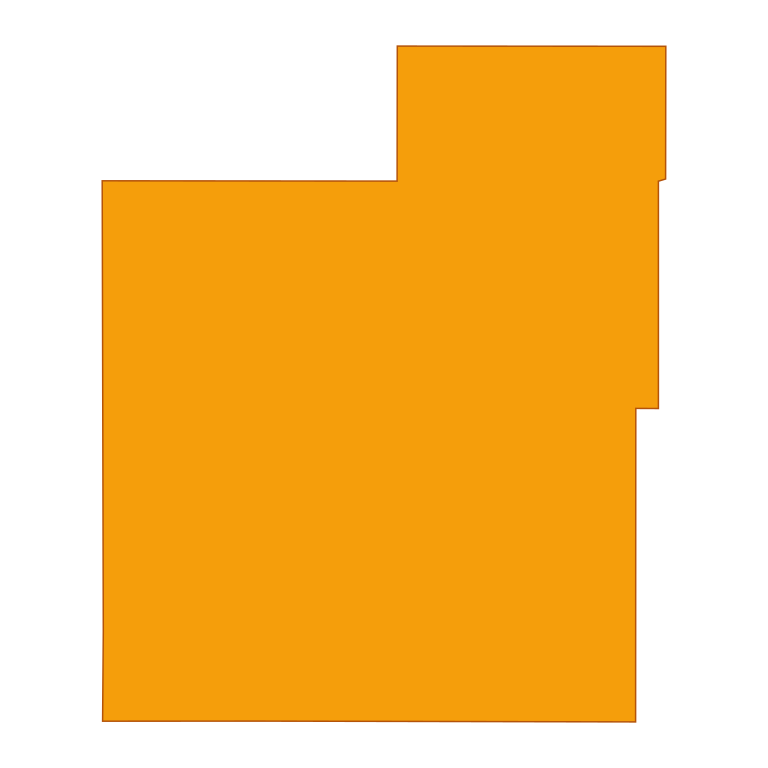 Jackson, Kansas, United States of America (Mercator projection)
{"feature_id": "52423323B12830113824680", "entity_name": "Jackson", "entity_type": "district", "adm_level": 2, "iso_a3": "USA", "parent_name": "United States of America", "parent_adm1": "Kansas", "projection": "mercator", "projection_center": [-95.775, 39.435], "detail": "fine", "context": "isolated", "style": "filled", "palette": "amber", "viewbox_px": 768, "rotation_deg": 0, "n_neighbors": 0, "source": "geoboundaries", "source_scale": "gbopen_adm2", "svg_char_len": 286}
<svg xmlns="http://www.w3.org/2000/svg" viewBox="0 0 768 768"><path d="M102.2,180.8L103.3,631.7L102.6,721.2L258.3,721.1L635.6,721.9L635.8,408.4L658.4,408.5L658.4,181.2L665.6,179.0L665.8,46.3L397.3,46.1L397.1,181.1L102.2,180.8Z" fill="#f59e0b" stroke="#b45309" stroke-width="1.5"/></svg>